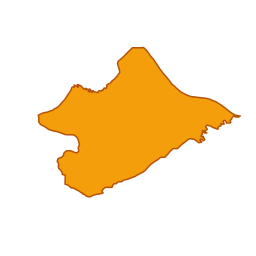 the district of Songkhone, Savannakhét, Laos, rotated 312°
{"feature_id": "54806243B4433821192490", "entity_name": "Songkhone", "entity_type": "district", "adm_level": 2, "iso_a3": "LAO", "parent_name": "Laos", "parent_adm1": "Savannakhét", "projection": "equal_earth", "projection_center": [105.362, 16.147], "detail": "fine", "context": "isolated", "style": "filled", "palette": "amber", "viewbox_px": 256, "rotation_deg": 312, "n_neighbors": 0, "source": "geoboundaries", "source_scale": "gbopen_adm2", "svg_char_len": 5609}
<svg xmlns="http://www.w3.org/2000/svg" viewBox="0 0 256 256"><g transform="rotate(312 128 128)"><path d="M77.4,52.8L76.2,54.5L73.2,57.4L72.7,57.7L72.1,60.7L73.0,64.2L73.5,66.6L73.8,69.9L75.8,74.3L77.9,77.9L79.9,82.4L81.0,85.6L83.0,88.2L85.1,90.5L86.6,92.4L87.0,95.4L86.3,98.1L84.7,100.8L83.0,103.2L81.3,103.6L80.1,104.2L79.2,105.0L78.6,106.3L77.3,106.9L76.4,106.9L75.4,106.5L74.3,105.0L72.8,100.8L72.2,100.0L70.0,97.7L69.4,97.4L68.4,97.4L67.8,97.2L67.2,97.3L66.4,97.2L64.3,98.4L63.5,98.4L62.3,98.3L60.4,97.7L59.7,97.0L58.6,96.6L57.3,97.0L56.8,97.4L56.5,97.5L56.1,97.5L55.9,97.7L55.5,98.6L55.5,99.4L53.9,101.5L53.4,101.5L52.6,102.2L51.6,103.6L51.7,105.9L51.4,106.7L50.8,109.1L50.2,109.4L50.1,109.9L49.6,110.2L49.7,110.7L50.1,111.3L50.3,111.8L50.6,112.2L51.0,112.9L50.2,113.6L44.2,118.7L44.4,119.4L45.3,121.4L45.5,122.6L45.4,125.1L45.6,125.9L46.9,127.9L47.2,129.0L47.4,130.2L47.7,131.3L47.8,131.5L48.3,133.5L48.6,135.9L48.8,137.0L49.3,137.8L49.2,138.1L48.7,138.3L48.7,138.6L49.6,140.6L49.5,141.8L49.6,143.0L50.1,144.1L51.4,145.8L52.2,146.3L54.0,146.8L54.9,147.2L57.3,148.8L60.7,151.5L62.7,152.8L63.0,152.8L63.3,152.5L63.2,151.9L63.3,151.5L63.8,151.0L64.4,150.6L64.9,150.5L65.6,150.7L66.6,150.5L68.5,150.8L69.2,151.4L72.7,155.3L73.5,155.7L74.0,155.8L74.5,155.1L74.9,154.9L77.2,155.0L77.9,155.6L78.5,156.3L79.1,156.6L81.5,156.7L83.0,158.4L83.8,159.1L84.4,159.4L84.8,159.3L86.2,159.6L89.2,161.7L96.9,165.7L98.8,166.2L105.1,168.6L107.8,169.2L109.9,169.2L111.8,169.1L116.7,169.3L122.4,170.7L124.5,171.4L127.0,171.6L128.6,172.4L130.1,173.9L130.7,174.8L131.3,175.0L135.9,175.1L138.5,174.9L141.2,175.1L142.2,175.2L143.0,175.6L143.8,176.3L144.4,177.2L145.8,178.5L148.8,178.8L151.6,178.9L155.6,179.8L158.5,180.1L159.4,180.3L161.5,181.2L162.4,182.4L162.6,183.2L163.4,183.9L163.9,184.3L164.1,186.9L164.3,188.3L164.4,189.7L164.3,190.2L165.0,190.9L165.6,190.9L165.8,191.2L166.1,191.9L166.2,192.0L166.4,192.1L166.8,192.2L167.0,192.0L167.1,191.3L167.2,189.6L167.5,189.4L168.0,189.3L168.4,189.6L169.2,190.3L169.2,190.8L169.0,191.9L169.0,192.3L169.2,192.6L169.6,192.9L170.3,193.0L170.6,192.7L170.9,192.3L171.5,190.4L171.6,190.2L171.9,190.0L172.1,189.7L171.1,189.0L170.8,188.5L170.7,188.3L170.7,187.9L170.8,187.7L171.6,187.4L172.7,187.7L173.0,187.6L173.4,187.1L173.5,186.7L174.3,186.5L174.8,186.1L175.3,185.5L175.8,185.2L176.0,185.3L176.3,185.6L176.5,185.8L176.6,186.2L176.5,186.4L175.6,187.3L175.5,187.7L175.7,188.3L176.2,189.1L176.7,189.6L177.0,189.7L177.0,188.5L176.9,188.0L177.1,187.5L177.4,187.2L177.9,187.1L179.3,187.7L179.8,187.9L180.1,187.8L180.4,186.9L180.4,185.8L180.5,185.4L181.3,184.9L182.7,184.6L182.9,184.7L183.1,184.9L183.7,186.3L184.6,187.6L184.9,188.9L185.1,190.3L185.2,190.7L186.1,193.0L186.4,193.4L186.5,194.2L186.8,194.5L187.1,195.1L187.3,195.5L187.6,195.6L188.5,194.5L188.9,194.4L189.7,194.7L190.5,194.7L191.0,195.0L191.3,195.4L191.7,195.5L192.3,195.2L193.0,194.4L193.4,194.3L193.6,194.4L193.8,195.1L194.1,195.6L194.9,196.6L195.2,196.8L195.4,196.7L195.7,196.3L195.9,195.4L196.3,194.5L196.8,194.1L197.2,194.1L198.1,194.5L198.3,194.8L198.4,195.0L198.4,195.8L198.2,196.8L198.0,197.5L197.6,198.0L198.5,198.7L199.0,199.2L200.0,200.5L200.5,200.6L201.0,200.5L201.1,200.3L201.8,199.1L202.2,198.8L202.9,198.7L203.5,199.3L205.2,198.5L205.8,198.3L206.7,198.3L207.2,198.5L207.6,198.7L207.8,199.2L208.4,200.9L208.7,201.4L209.4,201.9L210.0,202.8L210.7,203.1L211.8,203.2L209.2,198.8L208.3,194.0L207.8,186.7L207.4,181.9L206.4,176.1L205.8,174.3L205.2,173.0L204.3,170.0L203.7,168.7L202.4,166.4L200.9,164.1L200.1,163.1L197.9,160.0L193.5,153.7L192.3,150.8L191.2,147.5L190.2,143.5L190.1,141.9L190.0,136.9L190.1,135.0L190.0,132.5L190.1,130.8L190.7,128.0L191.1,126.3L191.3,124.5L191.5,123.1L192.3,116.6L192.9,114.3L193.3,111.5L193.7,110.3L194.5,107.4L195.8,102.0L196.1,100.4L196.5,97.1L196.8,95.6L197.5,93.0L198.0,90.4L198.1,89.0L198.2,86.4L198.1,85.5L197.5,85.2L196.9,84.5L193.9,81.4L191.6,78.6L190.5,77.6L190.0,77.5L189.1,77.5L184.8,77.2L178.7,77.0L173.8,76.5L171.6,76.1L170.1,76.4L168.9,77.1L167.5,79.1L165.3,82.9L163.8,84.7L157.2,85.3L151.3,84.6L150.3,84.8L149.0,84.6L147.8,83.9L147.0,83.9L146.7,83.7L145.7,83.5L145.3,83.8L144.7,84.6L143.2,85.2L142.6,85.2L142.2,84.1L141.8,83.7L141.4,83.5L141.2,83.5L140.4,83.9L140.0,83.9L139.5,83.7L139.2,84.0L138.9,83.8L138.9,83.5L138.8,83.4L138.1,83.5L137.6,83.4L137.5,83.2L137.4,82.8L137.2,82.5L136.8,82.1L136.6,81.9L136.4,81.9L136.1,81.8L135.9,81.4L135.5,81.3L135.3,81.6L134.7,81.7L134.3,82.0L134.0,81.7L133.8,81.2L133.3,80.6L133.2,80.1L132.8,79.6L132.7,79.2L132.1,78.3L132.0,77.6L132.3,77.2L131.9,77.0L131.7,77.1L131.6,76.7L131.4,76.5L131.2,76.6L131.1,77.0L130.9,77.1L130.7,77.2L130.8,76.5L130.8,76.4L130.4,76.6L130.4,76.3L130.6,76.0L131.0,75.8L131.0,75.6L131.4,73.9L131.4,73.6L131.3,73.4L130.7,73.1L130.3,73.1L129.9,73.5L129.7,74.6L129.5,75.1L129.3,75.3L129.2,75.3L129.1,75.1L128.9,74.9L128.7,74.4L128.6,74.1L128.8,73.9L129.3,73.6L129.6,73.3L129.8,72.4L129.3,70.2L129.2,70.1L128.9,70.5L128.9,71.0L128.4,71.1L128.4,70.7L128.3,69.9L128.1,69.9L128.0,69.7L127.6,69.6L127.4,69.2L127.5,68.2L127.5,67.5L127.7,66.6L127.8,65.0L127.7,64.3L127.0,62.8L127.0,62.1L126.5,61.5L126.2,61.4L126.0,61.5L125.8,61.9L125.9,63.0L125.7,63.3L125.3,63.6L124.8,63.5L124.7,63.4L124.7,63.2L124.7,62.8L124.8,61.9L124.8,61.6L124.4,61.1L124.2,60.6L124.1,59.7L123.9,59.4L123.7,59.5L122.9,60.4L122.7,60.6L122.2,60.5L121.9,59.9L121.5,59.5L121.2,59.4L120.3,59.2L118.3,60.2L114.4,60.9L113.9,60.8L107.3,61.9L101.5,62.0L100.7,62.0L100.1,61.8L98.9,62.0L97.1,61.9L94.1,61.0L93.1,60.5L92.0,60.4L90.7,60.0L86.7,57.9L85.3,57.1L84.3,56.2L82.1,54.7L78.8,53.2L77.4,52.8Z" fill="#f59e0b" stroke="#b45309" stroke-width="1.5"/></g></svg>